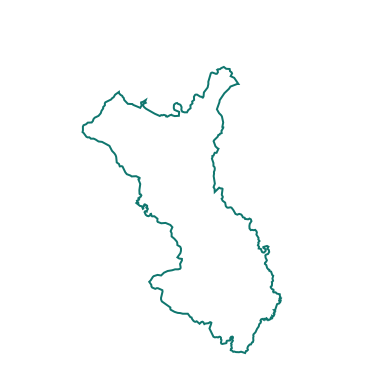 the district of Ambatolampy, Vakinankaratra, Madagascar, rotated 25°
{"feature_id": "10022922B90393204210047", "entity_name": "Ambatolampy", "entity_type": "district", "adm_level": 2, "iso_a3": "MDG", "parent_name": "Madagascar", "parent_adm1": "Vakinankaratra", "projection": "orthographic", "projection_center": [47.599, -19.422], "detail": "fine", "context": "isolated", "style": "outline", "palette": "teal", "viewbox_px": 384, "rotation_deg": 25, "n_neighbors": 0, "source": "geoboundaries", "source_scale": "gbopen_adm2", "svg_char_len": 6094}
<svg xmlns="http://www.w3.org/2000/svg" viewBox="0 0 384 384"><g transform="rotate(25 192 192)"><path d="M188.4,74.5L182.0,70.7L178.1,70.7L178.2,67.6L177.2,66.8L175.5,66.5L174.1,64.6L170.9,65.9L168.0,65.2L166.1,67.4L165.5,68.8L163.6,69.9L163.2,70.6L163.9,70.9L164.9,72.6L164.6,74.3L163.8,74.8L160.1,75.1L159.3,75.6L158.9,76.5L160.2,85.2L161.2,87.2L162.0,90.7L160.7,96.7L162.1,100.6L162.0,101.8L161.6,102.0L160.5,101.6L159.2,102.1L155.4,101.6L154.0,102.3L153.7,102.9L153.5,104.9L155.0,107.7L153.9,109.9L155.0,111.6L153.9,114.1L155.3,116.7L154.0,119.3L153.8,121.9L151.4,123.0L149.2,123.3L147.6,122.0L146.7,119.5L145.0,118.1L143.8,117.8L142.3,118.1L140.9,117.6L139.8,118.5L139.0,119.9L138.9,120.9L140.0,123.6L141.4,125.0L146.5,124.8L147.9,128.5L144.3,130.5L141.5,130.9L140.8,130.6L139.6,131.7L137.8,134.2L136.7,134.4L136.6,133.9L136.0,133.7L133.9,134.0L132.6,135.1L131.6,135.3L130.7,136.7L125.2,136.8L115.4,136.0L113.0,135.4L110.9,134.2L110.8,132.5L112.4,130.7L111.4,130.2L111.2,128.2L109.7,130.7L108.0,132.3L108.5,133.3L109.8,134.6L109.5,137.6L101.9,137.9L100.8,137.5L96.6,139.2L91.8,137.3L90.2,135.5L88.9,135.1L88.1,134.3L86.4,134.2L84.2,133.4L83.5,132.2L81.2,136.3L80.9,139.3L80.0,140.7L79.6,142.3L75.6,147.3L75.5,148.4L76.4,150.3L75.6,152.6L76.2,153.9L75.7,156.6L76.0,159.3L75.1,162.5L72.4,165.8L71.9,167.8L72.2,169.3L71.7,171.4L68.2,173.2L67.4,175.3L65.5,177.3L65.5,178.9L67.1,182.2L67.5,184.0L68.8,184.3L73.0,186.6L74.4,186.6L75.9,185.8L77.9,186.4L80.3,185.2L82.5,185.2L85.9,185.7L89.3,184.6L97.7,185.1L102.1,188.5L105.4,189.8L107.3,191.0L108.5,192.3L111.3,197.0L114.0,197.5L115.7,199.3L117.4,198.3L118.3,198.3L123.2,202.3L125.4,203.4L129.4,203.1L130.7,203.4L134.7,201.3L138.5,201.3L138.8,202.1L138.1,202.7L138.1,203.2L141.7,206.6L143.5,212.5L145.1,215.6L145.6,216.1L146.4,215.8L147.5,216.4L147.5,217.9L146.5,219.4L146.9,220.1L146.2,220.5L147.1,221.4L145.8,223.2L146.4,223.8L147.7,224.2L148.2,225.1L147.7,225.4L146.4,225.0L146.2,225.5L150.7,226.6L152.6,226.1L154.6,228.0L154.9,227.5L154.1,226.2L154.1,225.4L154.7,224.7L154.1,224.1L154.2,223.3L154.6,223.1L157.1,223.4L157.6,224.4L157.2,225.4L157.8,225.8L158.9,225.7L159.2,226.3L159.0,227.8L159.3,228.9L157.8,229.1L157.5,230.3L159.7,232.2L161.5,232.6L162.8,232.3L163.8,231.0L163.7,229.4L164.1,229.1L165.5,230.7L166.1,230.9L168.2,229.9L172.0,230.8L172.9,233.1L173.6,233.6L177.4,233.3L181.1,231.2L186.3,231.0L189.1,232.2L189.2,236.5L191.0,238.0L192.3,240.9L195.7,241.8L199.1,243.3L200.0,244.1L201.2,246.3L204.5,246.6L205.9,247.9L206.9,250.1L207.3,252.4L206.4,257.4L208.5,257.7L211.1,256.9L211.8,258.3L211.6,262.3L213.5,265.0L213.8,266.0L213.6,266.7L212.2,267.9L209.4,269.2L207.1,271.3L203.3,273.9L200.7,277.0L199.3,280.7L195.8,281.7L192.9,284.4L192.4,285.5L191.9,289.5L191.2,291.5L194.3,293.3L195.2,294.8L196.3,295.4L199.6,295.3L200.8,294.0L201.7,293.6L206.6,293.5L207.4,294.7L208.7,301.1L209.4,302.5L210.9,303.9L221.2,305.8L221.7,307.1L222.5,307.7L226.8,308.0L230.1,307.6L232.5,306.7L235.2,306.2L239.7,304.1L243.4,306.1L244.6,305.9L245.8,307.1L247.9,308.2L249.2,308.4L250.0,308.2L250.9,307.2L254.5,308.2L255.5,305.8L256.4,305.1L257.4,305.3L259.0,306.5L259.7,305.6L262.4,303.9L263.4,302.3L264.4,302.2L264.8,302.3L265.1,303.7L265.5,308.3L272.6,314.1L274.1,314.1L275.9,313.0L277.1,312.8L277.9,311.6L278.9,311.4L279.8,311.8L280.5,313.3L281.3,313.7L281.9,316.3L282.7,317.0L283.7,316.9L286.8,314.6L287.0,314.0L286.4,312.7L286.6,312.0L289.3,310.4L288.4,308.0L288.7,306.7L289.7,306.0L290.4,306.2L290.8,307.0L290.1,308.3L290.3,308.9L291.6,309.1L291.9,309.5L291.5,313.0L292.5,313.7L292.5,314.7L294.1,316.6L293.6,317.8L294.0,319.0L295.1,318.8L296.9,319.4L297.5,318.8L299.5,318.5L302.4,317.3L304.0,316.0L308.2,315.5L308.2,313.2L308.9,312.8L309.4,311.4L308.2,310.2L308.0,308.3L308.7,305.9L309.8,305.3L310.0,302.9L310.6,302.3L310.4,300.7L309.0,298.1L308.8,296.9L308.1,296.0L307.9,295.0L308.8,292.3L308.8,288.4L309.3,285.7L308.8,283.4L309.5,281.5L309.2,280.1L308.4,279.7L308.4,278.4L309.3,277.3L311.2,277.5L311.0,276.4L312.3,275.8L312.8,274.9L313.3,275.1L313.3,276.1L314.1,275.7L315.0,276.0L315.2,275.4L315.9,275.3L316.7,274.3L316.6,272.8L317.6,273.1L318.0,272.7L318.0,272.1L317.3,271.9L317.5,271.2L317.0,270.4L317.8,270.4L318.4,269.8L318.4,268.2L317.5,267.8L317.9,266.6L317.2,266.3L317.7,264.8L316.3,264.3L317.2,263.7L316.5,257.7L318.2,256.0L318.1,255.2L318.5,254.6L318.3,253.2L317.2,253.9L316.8,253.5L317.0,252.7L316.5,252.0L317.4,251.2L317.5,250.6L316.3,250.4L316.2,249.5L315.4,248.9L314.8,247.6L311.8,248.2L310.2,247.6L308.3,248.5L307.6,248.0L307.6,246.9L307.1,246.1L305.6,246.2L303.8,245.3L303.4,244.6L304.0,243.2L303.0,240.5L302.4,239.9L303.0,238.2L301.5,236.5L301.0,233.6L299.8,233.3L297.4,230.8L295.3,230.7L294.9,229.8L293.9,229.9L292.1,229.0L290.2,226.8L288.4,226.3L288.1,225.3L288.7,223.7L288.7,222.2L286.5,220.5L285.3,218.5L285.6,217.5L287.1,216.0L287.3,213.7L286.1,212.1L284.3,211.5L284.4,209.3L282.8,209.2L279.9,211.7L280.2,212.4L282.6,212.8L283.3,213.3L283.6,214.3L282.8,216.5L281.8,216.8L280.8,216.7L278.4,214.5L276.3,215.0L275.8,213.2L274.2,212.4L274.2,210.7L273.4,209.7L273.9,207.9L272.2,207.0L271.7,205.5L268.4,203.4L267.9,201.3L267.1,200.4L265.3,199.6L264.1,200.5L262.3,201.0L261.4,201.7L259.6,200.8L258.4,198.6L257.8,196.4L258.2,193.3L256.9,191.9L255.3,191.8L254.5,193.0L251.5,194.0L250.6,193.1L248.8,193.4L247.2,192.1L245.9,191.6L244.0,191.9L242.6,193.4L240.7,193.5L237.1,190.9L234.4,189.5L233.4,189.6L231.2,191.1L230.1,191.2L228.6,190.5L226.5,187.6L223.5,187.0L221.7,185.6L222.2,184.3L221.9,183.3L220.2,182.0L218.4,176.3L217.7,176.1L216.3,176.7L214.8,176.6L212.6,182.4L211.2,179.7L209.5,178.5L209.2,174.8L204.9,168.4L204.2,166.0L203.4,164.6L203.3,162.6L202.6,160.8L201.8,159.9L200.4,159.3L199.2,156.7L195.9,153.3L195.9,151.8L195.2,150.9L196.1,149.9L196.0,146.9L197.7,146.1L197.7,141.6L196.6,141.6L194.0,140.7L190.1,136.8L190.2,135.6L191.9,131.1L191.8,129.1L192.7,128.5L192.8,127.3L194.0,126.1L192.9,124.2L193.2,120.6L193.0,120.1L192.0,120.2L190.9,115.8L187.2,110.9L186.0,110.1L183.2,109.1L179.6,106.5L178.9,99.0L178.3,97.1L179.6,88.8L181.9,82.8L182.3,80.2L187.2,75.1L188.4,74.5Z" fill="none" stroke="#0f766e" stroke-width="2"/></g></svg>